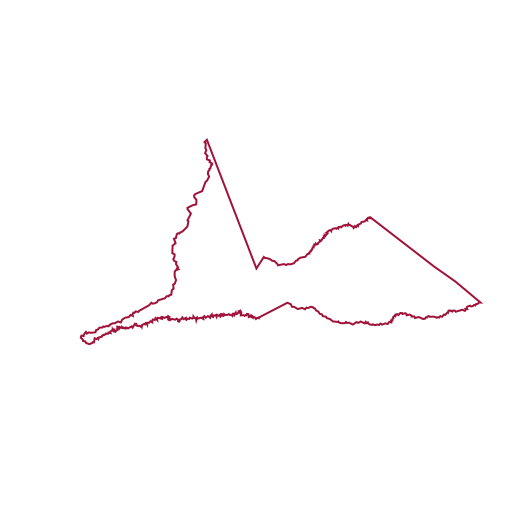 outline of Tahuamanu, Madre de Dios, Peru, rotated 339°
{"feature_id": "86281439B15199345066694", "entity_name": "Tahuamanu", "entity_type": "district", "adm_level": 2, "iso_a3": "PER", "parent_name": "Peru", "parent_adm1": "Madre de Dios", "projection": "albers", "projection_center": [-70.382, -10.903], "detail": "fine", "context": "isolated", "style": "outline", "palette": "rose", "viewbox_px": 512, "rotation_deg": 339, "n_neighbors": 0, "source": "geoboundaries", "source_scale": "gbopen_adm2", "svg_char_len": 6085}
<svg xmlns="http://www.w3.org/2000/svg" viewBox="0 0 512 512"><g transform="rotate(339 256 256)"><path d="M64.1,273.4L66.1,274.6L66.2,276.3L68.8,278.6L72.0,278.5L72.5,278.0L73.8,278.6L75.9,275.0L77.3,276.4L78.8,275.9L79.1,277.0L80.1,275.7L83.2,276.1L83.8,275.2L85.4,274.9L85.7,275.4L87.6,275.0L87.6,275.8L88.0,274.7L90.1,275.5L90.8,274.6L92.5,275.8L92.5,274.6L94.6,273.9L95.4,274.4L95.9,273.2L96.1,274.3L96.8,273.5L97.5,273.9L96.9,275.5L97.8,275.7L97.2,276.1L97.7,276.4L98.4,275.6L100.3,275.4L100.4,274.3L102.0,274.7L102.3,274.0L101.0,272.9L101.1,272.3L102.8,273.3L102.8,274.1L103.3,273.5L104.3,274.7L105.3,274.0L105.6,275.4L106.6,275.4L107.0,276.3L108.2,276.0L108.5,277.0L109.8,276.6L110.5,277.7L114.7,277.1L115.1,278.7L118.6,276.0L118.8,276.9L119.9,276.7L119.7,278.1L120.5,279.0L122.2,279.4L123.0,280.6L123.8,280.4L123.9,281.2L124.9,279.6L127.1,279.4L127.9,280.1L128.9,279.0L129.8,279.7L129.9,281.0L130.7,279.4L132.3,280.0L134.0,279.1L135.4,280.8L136.0,279.0L137.1,278.3L138.5,279.5L139.9,278.0L140.8,280.3L141.2,278.7L142.2,278.5L145.9,281.1L146.3,280.5L145.7,279.2L146.4,279.1L148.5,281.0L150.4,280.8L151.6,281.5L152.4,280.6L153.2,281.7L152.0,282.2L152.3,283.4L151.3,283.4L151.4,284.2L152.1,284.2L152.8,283.0L153.4,283.9L153.0,285.0L155.1,284.7L157.8,286.5L159.5,286.1L160.5,287.8L159.8,289.0L160.6,289.8L161.2,289.4L160.5,288.7L160.9,288.1L163.8,288.1L165.2,286.9L165.8,288.9L168.3,288.6L167.7,290.1L168.2,290.7L169.4,290.0L171.2,290.8L172.1,289.9L174.1,291.6L175.2,291.3L175.9,290.0L176.3,291.9L177.6,292.4L177.2,294.7L179.1,292.4L179.4,293.6L182.6,293.9L184.3,295.9L184.7,294.2L186.2,293.6L186.9,295.6L189.6,294.9L191.1,297.2L192.1,295.5L193.5,294.8L192.9,296.3L194.1,297.4L194.6,296.0L195.8,296.8L197.3,296.7L197.4,298.6L198.6,297.0L199.8,298.5L201.5,297.9L201.2,299.7L202.0,299.3L202.3,297.7L203.4,297.9L203.8,300.2L204.7,300.1L205.4,298.9L205.9,299.9L208.0,300.7L209.9,300.6L210.4,301.6L212.0,302.1L212.5,303.4L213.8,301.6L214.7,301.9L214.7,303.4L216.7,301.7L216.3,303.8L217.2,302.5L218.1,303.2L219.2,302.4L220.2,303.0L220.1,301.4L221.8,301.3L222.0,303.6L220.5,306.0L223.3,306.8L224.0,307.8L224.8,307.4L225.8,307.9L226.8,306.8L228.1,307.5L227.4,310.4L229.1,310.4L230.4,312.0L230.4,310.5L229.6,309.7L230.3,309.6L231.7,312.0L232.8,312.7L233.4,314.8L234.8,314.2L235.9,314.8L235.6,313.7L236.3,314.5L268.5,310.9L271.2,313.4L271.4,316.3L273.4,317.2L276.0,320.5L280.3,320.9L282.7,323.3L284.6,322.3L286.1,323.2L289.1,323.1L290.8,324.2L291.1,325.3L292.1,325.9L292.7,328.5L294.3,330.3L294.8,332.8L296.7,334.2L296.8,336.1L299.5,337.7L299.9,339.4L302.6,341.5L304.2,344.5L308.3,346.7L309.4,346.6L309.7,348.0L311.7,349.4L314.8,350.5L316.3,349.8L316.9,351.1L318.9,351.6L321.9,354.7L326.1,353.7L327.5,355.1L330.3,354.7L333.2,357.8L334.8,356.8L335.0,358.3L336.6,358.1L336.5,359.1L337.8,360.8L340.0,362.0L340.7,361.7L342.3,363.2L344.6,363.4L346.1,364.5L347.9,363.7L349.1,365.2L352.7,365.3L354.5,366.7L356.8,365.3L358.5,366.5L359.0,364.6L360.2,365.1L360.6,363.8L361.9,363.4L362.2,362.1L364.2,361.5L364.4,362.1L365.5,361.3L365.4,360.7L366.9,360.8L367.8,362.2L370.3,360.9L372.1,361.8L372.0,362.6L375.0,363.0L375.7,364.2L375.4,365.3L378.5,365.8L379.9,367.5L379.6,368.3L382.2,369.2L382.2,370.9L386.1,371.3L389.4,374.7L391.2,375.1L392.6,374.2L393.4,374.7L394.4,374.0L395.8,374.0L396.2,374.9L400.4,376.4L402.6,378.4L403.3,378.1L405.1,379.1L406.5,378.2L408.0,379.4L410.6,378.0L411.6,378.8L414.4,377.3L415.1,377.8L416.1,376.1L417.1,376.1L419.3,378.1L419.8,377.4L422.2,378.4L422.5,379.6L429.3,380.1L431.4,382.1L432.8,381.0L433.6,381.2L433.3,380.7L433.9,380.9L434.3,379.4L435.5,379.0L438.1,379.1L438.6,380.1L440.5,380.5L442.1,379.9L443.1,380.7L443.9,379.8L446.0,380.1L447.5,379.3L448.9,379.9L433.1,351.5L418.2,329.2L376.5,260.7L375.2,260.6L375.7,261.5L374.0,260.7L372.7,261.2L372.5,262.7L371.3,261.8L369.7,262.7L366.7,262.1L365.6,263.2L362.9,263.4L362.1,264.5L361.7,263.6L359.7,264.9L359.1,263.5L357.2,264.8L357.1,263.6L354.5,260.4L353.0,260.5L353.4,259.3L352.2,259.9L351.1,259.2L350.4,259.8L349.7,258.9L348.4,258.8L345.9,259.7L345.8,259.1L343.6,258.6L342.7,259.8L342.2,258.9L340.9,259.4L340.3,258.6L337.6,258.1L335.7,258.7L335.2,259.7L334.8,258.6L333.7,258.3L331.2,259.0L331.1,260.1L330.3,259.9L330.7,260.6L328.8,261.6L327.8,260.8L327.5,262.4L326.4,261.8L325.8,263.5L324.8,263.2L322.4,265.1L321.3,264.2L321.2,265.3L318.1,266.3L317.9,267.0L316.1,266.8L316.0,265.9L315.4,266.5L314.5,266.2L314.3,267.3L313.1,267.4L312.8,268.7L311.8,268.5L310.1,270.5L309.0,270.5L308.8,271.4L306.9,271.9L306.7,272.9L304.5,272.7L301.8,274.4L296.7,273.5L294.0,274.1L293.1,275.0L291.7,274.7L288.6,276.4L284.6,276.0L283.1,275.0L280.8,275.2L279.3,273.6L273.1,272.5L273.1,271.0L271.4,267.4L269.4,266.2L267.8,263.8L265.1,261.7L263.8,261.3L263.0,259.7L251.9,267.8L251.8,129.9L248.7,131.2L249.5,133.0L247.4,137.0L247.6,139.4L245.3,141.8L246.6,145.3L245.6,146.0L244.8,148.2L247.2,150.3L246.3,151.7L248.1,153.8L247.1,154.6L247.5,155.1L246.1,155.8L245.0,157.6L243.7,157.9L243.4,159.1L241.7,159.8L240.5,162.1L240.7,165.1L237.3,168.1L235.4,168.7L229.0,176.1L221.4,176.4L219.7,177.5L219.5,179.2L220.5,182.2L218.7,186.4L215.0,185.9L209.2,186.5L208.9,187.8L210.4,193.1L204.8,198.2L205.3,199.5L202.4,204.0L196.0,206.8L193.4,206.9L192.4,207.6L191.3,206.8L189.9,207.2L187.7,210.5L185.6,210.5L185.5,215.2L181.8,216.5L178.9,223.4L180.6,225.3L179.8,227.3L177.6,229.4L178.0,231.5L179.5,233.0L178.4,234.9L179.2,238.5L177.9,239.1L178.8,240.6L176.0,240.5L174.4,241.6L172.8,245.8L172.7,249.9L170.1,252.8L168.4,253.0L167.4,256.9L165.1,257.8L163.0,261.8L161.1,261.5L160.1,262.3L158.2,261.5L155.9,262.8L148.7,262.3L147.1,263.6L144.5,263.9L142.2,263.3L141.6,262.2L138.4,263.7L127.3,265.3L126.0,266.0L123.7,264.6L122.2,265.6L121.2,264.9L119.8,266.3L119.5,267.8L117.9,266.1L115.3,267.4L111.8,266.7L108.3,267.4L106.0,269.6L103.7,267.7L100.1,268.2L98.0,267.5L94.6,267.8L94.3,268.5L92.8,268.7L92.0,267.9L89.0,267.8L88.2,267.1L87.0,267.7L84.1,266.8L81.8,268.0L80.1,267.9L78.8,269.7L74.2,268.5L72.8,267.5L70.3,267.8L70.0,265.9L67.0,267.7L66.4,269.0L64.5,267.8L63.9,268.3L63.1,269.5L64.4,271.8L64.1,273.4Z" fill="none" stroke="#9f1239" stroke-width="2"/></g></svg>